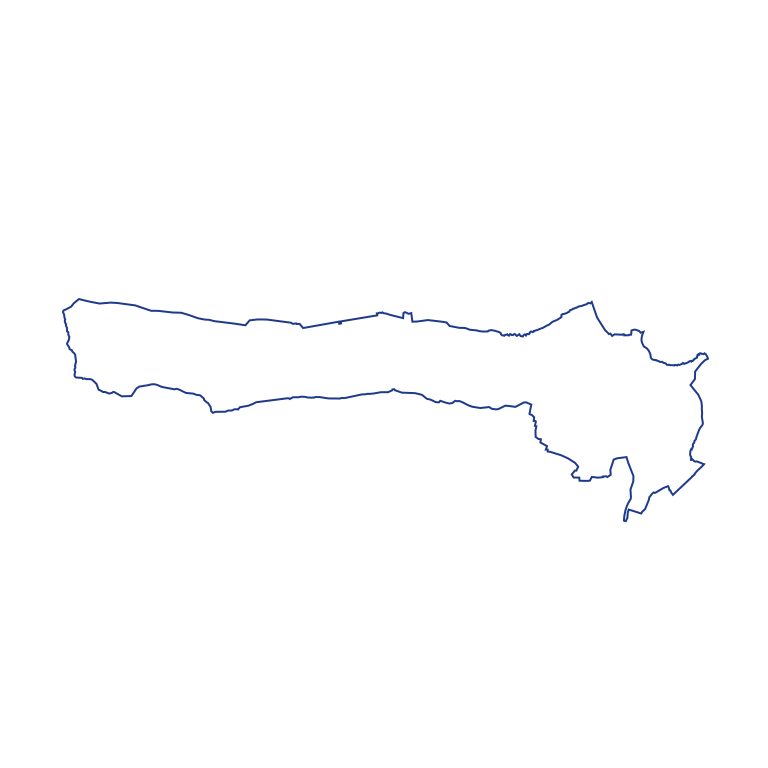 the district of Vistea, Brasov, Romania, rotated 97°
{"feature_id": "2599482B58575749850312", "entity_name": "Vistea", "entity_type": "district", "adm_level": 2, "iso_a3": "ROU", "parent_name": "Romania", "parent_adm1": "Brasov", "projection": "mercator", "projection_center": [24.745, 45.724], "detail": "fine", "context": "isolated", "style": "outline", "palette": "blue", "viewbox_px": 768, "rotation_deg": 97, "n_neighbors": 0, "source": "geoboundaries", "source_scale": "gbopen_adm2", "svg_char_len": 6053}
<svg xmlns="http://www.w3.org/2000/svg" viewBox="0 0 768 768"><g transform="rotate(97 384 384)"><path d="M350.1,711.1L351.7,711.4L354.0,710.0L357.2,709.2L358.6,708.3L360.9,708.5L361.9,707.8L362.7,707.6L363.4,706.8L364.6,706.9L366.7,705.6L370.5,704.9L371.0,703.7L373.6,703.3L375.4,702.1L378.3,702.1L382.3,703.5L383.4,703.2L385.7,701.1L387.6,700.3L388.3,698.9L388.4,698.1L389.8,697.3L391.3,695.2L392.9,693.9L393.6,693.9L399.5,692.3L401.8,692.8L402.9,692.6L403.6,693.0L405.4,692.3L407.0,693.0L408.0,692.9L409.8,691.9L412.2,692.3L413.6,692.1L414.7,691.1L415.1,690.2L414.7,684.6L415.6,683.5L415.0,682.1L415.3,680.9L415.4,679.5L415.0,676.5L415.3,674.3L418.9,669.4L424.4,666.6L425.5,663.3L426.2,662.0L425.9,659.9L426.8,656.4L426.9,655.1L425.8,652.8L424.8,651.7L424.9,650.8L428.2,642.7L426.7,633.2L418.5,629.1L416.4,626.5L413.5,616.6L413.0,615.9L412.2,612.4L412.5,609.1L413.8,605.0L414.1,602.5L414.8,591.2L414.0,589.3L414.6,586.3L417.0,579.5L416.8,572.2L417.6,568.9L417.6,565.2L420.4,561.0L421.6,560.7L423.8,557.8L424.2,556.5L427.8,553.4L432.3,552.0L433.5,550.3L432.2,548.1L430.8,537.9L429.3,535.4L428.9,531.9L427.3,529.3L426.9,526.3L427.1,525.8L424.6,524.1L422.1,516.0L419.7,511.6L417.7,508.7L409.8,477.6L409.9,476.3L410.4,475.6L408.3,472.9L407.6,467.4L406.7,464.8L406.4,461.1L406.7,457.2L406.4,455.3L406.5,454.0L406.0,452.6L406.0,451.6L405.7,451.4L405.1,449.6L405.1,447.9L404.8,447.0L405.1,437.5L403.8,426.1L403.0,424.0L402.8,421.4L397.0,404.6L396.5,401.3L395.7,399.0L395.6,397.1L394.7,393.2L392.5,386.0L391.7,379.1L389.4,375.3L388.3,374.9L388.0,373.0L388.8,372.5L390.4,365.3L389.3,352.0L390.1,345.0L393.4,339.8L393.9,335.7L395.7,330.4L395.5,327.2L393.8,326.1L394.9,321.1L395.4,316.8L394.6,313.9L392.0,311.2L392.2,309.4L391.7,307.3L392.5,304.1L395.1,297.0L395.8,293.7L396.1,285.5L394.2,277.4L394.1,276.7L395.5,274.0L395.5,269.3L394.9,267.4L390.7,260.9L390.6,257.5L390.7,250.8L385.3,242.9L384.9,240.5L386.5,235.3L395.9,236.0L396.3,235.4L396.6,233.7L398.7,230.9L402.4,230.9L402.3,229.4L402.7,228.7L407.2,229.1L407.4,227.6L411.8,228.0L418.1,227.0L419.8,223.9L419.7,221.6L423.0,221.6L425.8,214.6L429.4,215.4L429.2,213.6L431.1,213.3L431.1,210.7L433.2,199.2L435.4,192.2L439.0,184.7L442.4,181.2L446.5,182.5L446.7,184.0L450.9,186.6L453.7,184.4L453.1,178.8L456.2,178.1L455.4,170.4L454.9,167.9L450.9,166.4L450.9,160.4L449.8,155.4L449.2,155.5L448.5,152.4L449.1,150.9L446.5,147.9L441.7,148.9L431.0,146.8L429.3,143.5L427.0,134.4L432.6,131.9L445.0,125.2L450.3,124.7L458.8,126.5L465.6,125.2L467.9,125.1L472.7,127.2L476.2,128.2L479.5,128.9L485.6,129.4L490.4,129.2L490.7,127.3L487.1,126.1L481.9,126.4L478.8,125.8L481.2,112.9L479.4,112.2L476.3,109.6L467.1,107.1L464.0,106.8L460.1,104.4L458.7,103.0L459.0,102.3L458.9,101.4L453.3,94.2L450.8,89.7L450.8,89.4L454.8,87.6L454.8,86.8L456.7,85.7L458.8,83.7L438.8,67.1L438.1,66.9L437.8,66.2L436.7,65.6L436.1,64.7L435.2,64.7L431.8,62.4L427.4,58.6L424.6,56.6L424.4,58.1L424.0,58.9L422.8,63.7L422.8,64.7L423.1,65.3L422.8,66.7L421.1,68.9L421.9,69.6L421.9,70.1L421.2,70.2L420.6,69.7L420.3,70.1L418.9,70.3L417.8,71.2L416.5,71.6L413.0,71.7L411.7,71.4L411.0,71.0L411.2,70.6L410.4,70.6L409.9,70.1L408.2,69.7L407.6,70.0L405.9,70.0L404.3,68.9L402.6,68.9L401.0,67.7L397.7,67.3L397.5,67.2L391.3,65.7L388.9,64.8L385.8,62.9L384.1,62.7L377.5,64.6L374.6,64.6L368.9,65.7L367.4,65.7L362.6,66.9L356.5,70.6L347.7,79.7L341.3,76.0L333.7,76.7L325.4,71.7L321.3,68.4L319.4,65.5L317.4,66.6L315.2,68.2L315.1,69.0L314.5,69.6L315.5,70.8L315.2,73.0L314.9,73.3L315.1,74.2L315.8,75.1L316.6,74.8L316.7,75.2L316.3,75.7L316.9,76.4L317.7,76.1L318.8,76.8L319.5,76.5L319.9,76.7L321.3,79.0L321.9,79.1L322.2,79.7L323.6,80.5L323.6,81.4L324.3,81.7L323.8,83.0L325.6,85.0L326.8,87.2L326.9,88.0L327.4,88.4L327.3,89.2L326.7,89.9L327.6,90.6L328.7,92.3L329.1,93.1L328.9,94.3L329.9,95.4L329.5,97.0L329.7,97.7L330.2,98.1L330.1,99.4L330.4,101.4L330.2,103.8L330.4,104.3L330.4,105.6L329.4,106.7L329.0,108.0L329.0,109.0L328.1,110.8L328.5,112.6L328.1,113.3L327.5,116.2L327.2,116.4L327.4,116.9L327.1,117.4L327.2,118.6L327.0,120.3L326.2,121.7L325.1,122.5L322.0,123.2L318.5,125.4L316.5,127.6L315.1,130.7L311.6,132.9L309.5,133.7L307.6,133.9L304.7,133.8L300.6,132.8L301.8,135.5L300.4,137.0L299.5,140.5L299.6,142.5L300.7,144.9L304.9,144.7L305.3,146.8L305.8,147.1L306.3,150.5L306.0,150.7L306.4,151.5L305.4,152.1L305.5,152.9L306.1,153.5L306.6,161.2L308.5,163.4L306.4,165.5L307.0,166.8L304.7,169.6L303.9,170.9L292.1,180.6L277.3,187.8L278.8,189.0L278.7,191.3L280.2,192.7L281.1,194.9L282.4,197.2L283.4,200.4L284.9,202.3L285.1,203.3L285.7,203.9L286.3,205.8L287.0,206.1L288.2,208.5L289.7,208.9L290.5,210.4L291.3,211.2L292.6,214.1L292.7,214.9L293.4,215.9L293.9,216.3L296.1,216.1L299.4,220.2L301.7,224.3L304.9,227.3L306.2,229.5L309.3,233.7L309.4,234.3L311.8,238.5L312.2,239.7L312.9,240.8L313.1,241.8L314.0,242.0L314.4,242.8L314.1,243.6L314.1,244.8L315.3,245.7L316.0,245.6L316.9,246.2L316.9,248.0L317.2,248.4L318.5,249.0L317.7,249.8L317.6,250.3L318.4,251.4L319.9,252.0L319.8,254.2L318.1,255.8L320.1,258.0L319.8,258.6L318.7,259.8L318.5,260.8L319.5,261.7L319.9,263.1L319.3,264.0L319.1,264.9L320.8,265.9L319.7,267.6L320.1,267.9L320.1,268.7L320.7,270.0L321.4,270.4L321.2,271.4L321.4,272.2L320.5,273.9L319.6,274.1L318.6,275.4L317.7,280.0L317.4,284.0L318.3,286.7L319.2,287.4L319.9,292.4L319.9,296.2L319.5,298.3L319.7,305.2L318.6,309.9L318.7,313.0L319.1,316.0L318.4,326.0L315.3,329.4L315.1,334.2L315.2,348.3L317.9,358.5L318.7,363.4L310.3,365.6L311.0,367.1L311.3,368.3L310.4,370.7L310.2,372.1L311.2,373.3L316.3,373.1L314.6,386.7L313.8,390.5L313.8,393.0L313.1,394.4L313.8,395.2L313.7,396.6L314.0,397.8L314.7,398.5L314.8,399.7L316.7,399.1L327.1,434.4L329.1,434.0L329.7,435.8L327.6,436.3L338.3,471.1L334.6,475.1L335.1,478.1L334.6,478.5L334.9,480.1L335.5,481.4L334.5,483.9L334.3,508.4L335.4,517.7L337.2,525.1L342.6,528.7L342.3,540.8L342.3,560.0L341.6,565.6L341.9,569.7L341.4,576.6L339.2,586.6L338.0,594.0L338.8,602.6L338.9,616.8L339.7,624.1L336.3,640.6L336.1,658.5L336.5,665.0L338.8,676.1L338.2,685.3L336.9,697.2L341.8,701.8L345.3,703.9L348.7,708.7L350.1,711.1Z" fill="none" stroke="#1e3a8a" stroke-width="2"/></g></svg>